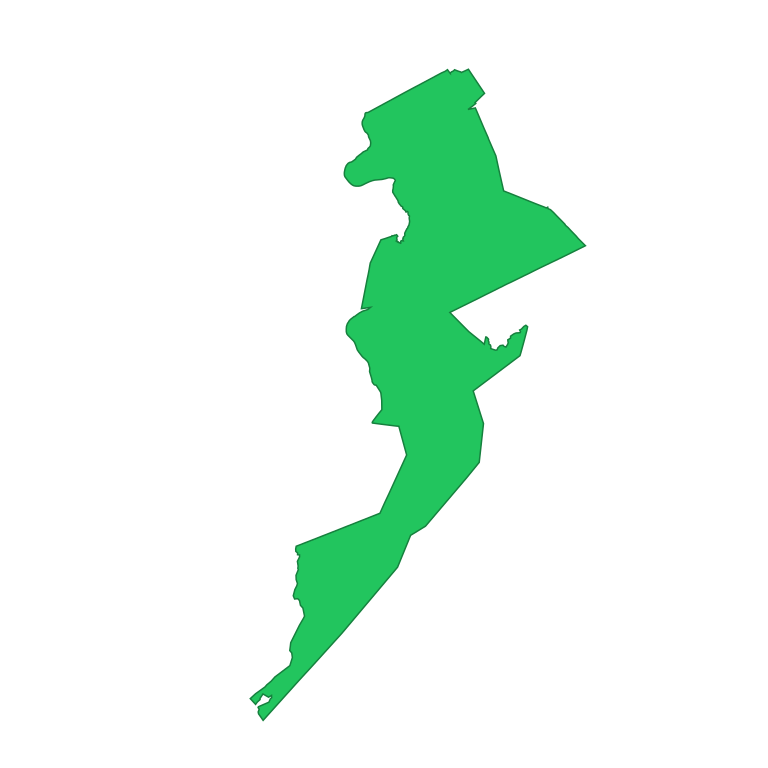 the district of Tuxpan, Nayarit, Mexico, rotated 249°
{"feature_id": "50627088B21538362927498", "entity_name": "Tuxpan", "entity_type": "district", "adm_level": 2, "iso_a3": "MEX", "parent_name": "Mexico", "parent_adm1": "Nayarit", "projection": "natural_earth1", "projection_center": [-105.318, 21.993], "detail": "fine", "context": "isolated", "style": "filled", "palette": "green", "viewbox_px": 768, "rotation_deg": 249, "n_neighbors": 0, "source": "geoboundaries", "source_scale": "gbopen_adm2", "svg_char_len": 6039}
<svg xmlns="http://www.w3.org/2000/svg" viewBox="0 0 768 768"><g transform="rotate(249 384 384)"><path d="M611.2,456.6L610.5,455.6L609.6,453.4L608.5,452.5L608.3,450.5L608.1,447.7L607.2,445.3L606.5,442.8L605.5,439.7L604.1,437.9L603.6,436.1L602.9,433.2L603.2,431.3L602.9,429.6L602.0,428.0L601.4,427.0L600.7,426.4L599.6,425.3L598.3,424.4L596.6,423.3L595.3,422.6L593.3,421.9L592.3,421.8L591.0,421.9L589.7,422.3L588.3,422.7L586.6,423.2L584.8,423.8L582.3,425.0L581.0,425.9L579.9,426.9L579.2,428.0L578.7,428.9L577.7,431.6L577.4,433.5L577.5,435.9L577.8,438.5L578.1,442.8L578.0,446.0L577.7,448.4L575.7,455.4L575.1,459.5L575.0,461.9L574.5,463.3L574.0,464.3L573.4,465.4L572.8,466.4L571.8,467.1L570.9,467.4L570.0,467.5L569.7,467.3L569.1,466.5L568.1,465.5L566.6,464.0L565.2,463.6L563.2,462.6L561.6,461.5L559.9,460.9L558.2,461.2L556.6,461.5L556.3,461.5L555.6,461.6L555.3,461.8L553.8,462.1L552.4,462.3L551.7,462.5L551.2,462.6L550.7,462.7L549.9,462.7L549.5,462.7L548.8,462.5L548.4,462.5L547.7,462.7L547.3,462.7L546.7,462.8L546.4,463.0L546.0,463.1L545.1,463.4L544.4,463.6L543.8,463.8L543.6,463.9L543.3,464.4L543.0,464.6L542.5,464.9L542.3,464.9L542.1,464.8L541.4,464.5L541.1,464.5L540.9,464.6L540.5,464.7L539.4,465.4L538.2,466.0L537.9,466.1L536.9,466.1L536.7,466.1L536.6,466.3L536.6,466.5L536.8,467.2L536.8,467.5L536.7,467.6L536.1,467.9L535.9,468.0L534.8,467.6L533.8,467.4L533.5,467.4L533.1,467.4L532.6,467.5L532.2,467.9L532.0,468.0L531.6,467.9L531.3,467.8L531.1,467.7L530.7,467.4L530.4,467.3L530.3,467.2L530.0,467.1L529.3,466.8L527.8,466.5L527.1,466.3L526.7,466.2L526.0,465.9L525.0,465.2L524.6,465.1L524.4,464.9L523.5,464.3L523.4,464.1L523.0,463.8L522.9,463.7L522.6,463.1L522.4,462.9L521.0,461.8L520.9,461.5L520.8,461.3L520.8,461.1L520.4,460.7L520.1,460.3L519.8,460.0L519.6,459.8L519.3,459.5L519.2,459.3L518.6,458.7L518.0,458.0L517.6,457.7L517.3,457.4L516.6,457.1L515.5,456.8L515.3,456.7L515.2,456.6L514.8,456.2L514.6,455.9L514.3,455.0L514.1,454.6L513.9,454.4L513.7,454.3L513.3,454.3L513.2,454.3L513.1,454.2L513.0,453.8L512.6,453.5L512.2,453.4L510.8,453.3L510.7,453.3L511.1,452.5L511.6,451.7L511.3,450.8L510.9,450.5L509.5,450.2L509.4,450.0L511.6,447.6L511.9,448.0L513.0,446.8L513.1,446.7L513.6,447.6L513.9,447.8L516.0,448.2L516.3,448.4L516.5,448.7L516.7,449.1L516.8,449.5L517.0,449.8L517.3,449.7L518.2,449.5L518.9,449.2L518.8,447.5L519.1,447.4L519.1,445.5L519.2,445.3L519.3,445.1L519.6,444.6L519.1,444.1L519.3,440.0L519.4,436.9L519.7,432.8L502.1,414.8L502.0,414.6L501.8,414.5L499.2,412.9L496.6,411.4L491.8,408.4L487.2,405.4L462.4,389.9L460.4,398.9L459.8,397.0L459.4,396.0L459.4,393.6L459.5,392.2L459.6,391.0L459.6,389.9L459.1,386.4L458.3,383.3L457.5,380.9L457.7,380.4L456.4,376.0L455.6,374.3L455.3,373.9L454.6,373.1L454.3,372.6L453.4,371.4L451.2,369.6L448.9,368.5L446.2,367.5L444.1,367.3L442.6,367.7L439.6,369.0L435.1,371.0L433.4,371.4L430.8,371.5L425.5,371.3L422.8,371.9L417.8,373.4L416.1,374.1L414.5,375.1L411.4,376.5L409.4,377.0L408.7,376.9L404.5,376.5L404.0,376.4L403.5,376.3L402.5,375.8L400.8,375.0L399.6,374.9L394.2,374.5L393.7,374.4L391.9,374.2L390.9,373.9L390.5,373.8L390.0,373.8L389.5,373.8L389.1,373.9L388.2,374.2L387.4,374.4L387.1,374.5L386.6,374.8L386.4,375.1L386.1,375.5L385.9,375.9L385.8,376.2L385.3,376.4L385.2,376.4L377.8,377.9L376.5,377.8L369.5,376.0L360.8,372.8L358.8,369.3L355.7,364.1L355.4,363.7L353.7,360.9L352.7,359.6L352.5,359.3L351.7,359.2L348.4,365.3L347.7,366.6L340.8,379.5L339.2,382.7L309.6,379.7L280.0,349.5L273.9,343.1L264.8,333.9L264.2,274.5L264.0,243.9L261.6,242.4L259.3,241.7L257.3,242.8L255.6,242.1L254.7,243.9L252.8,243.2L249.5,239.6L244.8,238.6L242.8,237.5L241.4,237.5L236.9,233.3L232.8,231.9L228.8,231.7L226.9,230.3L224.0,227.1L218.8,223.4L215.3,223.5L214.5,226.5L212.2,227.5L207.3,226.7L203.9,228.0L195.7,226.6L194.0,224.7L189.0,218.5L175.9,204.2L173.0,202.7L168.9,200.5L166.0,201.5L161.4,200.4L154.8,195.2L149.6,177.2L147.0,172.2L145.2,166.9L143.8,164.3L140.9,153.2L138.2,146.4L130.9,149.3L132.5,151.8L133.8,155.2L134.9,155.6L138.0,159.9L133.0,164.0L133.6,167.4L131.4,166.7L130.7,165.0L128.2,162.5L127.7,151.1L127.1,150.5L125.1,150.9L122.9,149.0L121.0,148.7L113.3,150.6L137.7,198.4L147.3,217.7L166.4,255.4L208.1,331.0L233.2,354.6L236.4,371.8L266.8,427.5L276.7,444.8L311.4,462.7L345.6,464.8L361.7,521.1L364.7,523.4L374.1,530.3L383.0,536.7L386.0,538.6L388.0,537.5L387.6,535.2L386.4,532.7L386.0,532.1L385.8,530.0L383.9,530.2L383.2,529.6L383.6,527.7L384.3,525.7L384.3,523.5L384.1,522.5L383.3,519.3L381.4,518.5L380.9,515.4L380.2,515.2L378.6,514.8L377.9,514.8L376.5,513.4L374.8,511.1L376.3,509.4L377.6,509.0L378.2,506.2L376.9,503.2L375.4,501.9L375.5,500.4L377.5,497.9L378.9,496.3L379.4,496.6L380.4,497.1L381.7,497.3L382.3,497.3L383.6,496.4L383.9,496.4L384.4,496.4L385.4,497.0L386.0,497.0L387.0,496.9L388.2,497.6L388.6,497.6L391.0,496.6L391.4,495.9L388.5,494.0L385.2,491.8L388.7,489.9L402.2,482.1L402.8,481.8L412.1,477.7L427.2,471.1L427.6,475.2L430.4,505.4L431.0,511.4L431.5,517.0L432.4,525.6L432.6,528.6L433.0,532.0L433.3,535.2L433.5,538.6L434.9,554.0L435.1,556.7L435.3,559.1L435.9,564.8L436.5,571.4L438.5,595.9L440.9,621.6L450.1,617.5L453.3,616.4L460.1,613.5L464.1,611.9L467.1,610.3L468.7,609.9L468.7,610.0L473.4,608.0L479.1,605.5L483.2,603.8L487.1,601.9L488.9,600.0L490.4,600.2L490.2,598.6L492.0,596.8L493.5,595.1L495.3,593.1L498.4,589.7L518.1,568.5L518.3,568.2L521.4,564.9L526.8,565.7L529.0,566.0L542.7,568.0L556.9,570.2L561.1,570.0L575.1,569.4L576.8,569.5L586.7,569.0L604.1,568.4L609.0,568.2L610.2,560.8L611.9,566.8L613.0,570.2L614.1,569.8L617.1,576.7L619.3,582.0L641.7,576.9L641.7,577.0L641.7,576.9L647.6,575.6L647.3,571.8L647.1,567.8L647.8,567.5L649.9,564.9L652.1,562.5L651.4,561.1L651.2,558.9L650.7,557.3L650.3,557.2L651.0,556.9L654.7,555.9L654.0,553.2L653.8,549.1L648.8,508.7L643.2,466.3L643.4,465.8L643.6,465.2L643.7,463.9L643.0,463.1L641.1,462.2L640.5,461.7L639.0,460.2L638.4,459.3L637.4,458.3L636.8,457.8L635.4,457.1L633.8,456.6L632.3,456.5L628.8,456.5L627.0,456.7L625.9,457.0L624.6,457.9L622.3,458.6L620.1,458.2L616.0,458.5L613.8,458.0L611.2,456.6Z" fill="#22c55e" stroke="#15803d" stroke-width="1.5"/></g></svg>